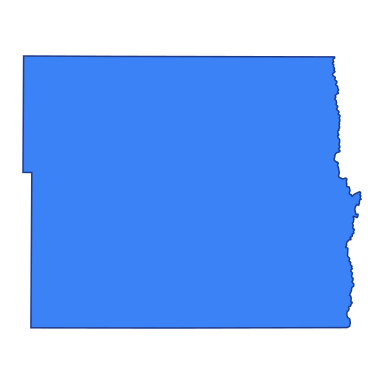 the district of Cass, North Dakota, United States of America
{"feature_id": "52423323B23065259017698", "entity_name": "Cass", "entity_type": "district", "adm_level": 2, "iso_a3": "USA", "parent_name": "United States of America", "parent_adm1": "North Dakota", "projection": "robinson", "projection_center": [-96.825, 46.935], "detail": "fine", "context": "isolated", "style": "filled", "palette": "blue", "viewbox_px": 384, "rotation_deg": 0, "n_neighbors": 0, "source": "geoboundaries", "source_scale": "gbopen_adm2", "svg_char_len": 3772}
<svg xmlns="http://www.w3.org/2000/svg" viewBox="0 0 384 384"><path d="M30.9,327.8L166.0,328.0L174.7,328.0L256.2,327.8L263.3,327.8L347.1,327.6L349.6,326.3L349.8,324.7L350.2,323.7L350.2,322.5L349.8,319.2L347.6,317.3L346.8,315.2L347.0,312.0L348.6,310.3L349.1,308.9L348.7,307.7L348.8,306.9L348.9,306.6L350.4,306.2L350.8,305.5L350.7,304.6L352.0,303.2L352.1,302.4L351.8,302.0L351.1,301.8L350.8,300.5L351.1,299.7L351.2,298.4L350.8,296.3L349.7,295.2L349.6,294.9L351.4,290.8L351.6,289.2L351.9,287.4L353.6,286.3L353.8,284.3L353.6,283.6L353.0,283.1L352.0,281.8L353.0,280.0L353.1,278.3L351.9,277.3L351.7,275.9L351.9,274.9L352.3,274.1L352.3,272.9L350.9,271.3L350.9,270.5L351.4,269.4L351.9,269.2L352.3,268.7L351.6,267.9L351.5,267.1L352.0,266.7L352.0,266.4L351.8,265.9L350.5,264.8L350.3,263.9L350.7,262.6L350.4,262.0L349.3,261.6L349.1,261.4L349.1,260.6L349.6,259.3L349.5,258.4L348.9,257.5L348.2,256.9L347.8,256.5L347.5,255.7L347.9,248.5L347.7,248.1L345.9,247.4L345.5,246.9L345.7,246.4L346.3,246.0L346.7,245.1L346.5,243.9L346.4,243.2L347.1,242.0L349.4,239.6L350.2,239.8L350.8,239.6L351.0,239.0L350.1,237.6L350.2,237.2L351.6,236.8L352.3,236.0L352.4,235.3L352.1,234.7L352.2,234.1L352.4,233.8L353.4,233.6L353.8,233.2L353.8,232.5L353.5,231.8L353.7,230.9L354.3,229.9L354.3,229.4L353.9,229.0L353.2,228.7L352.8,228.2L352.9,226.8L353.1,226.2L353.2,225.6L353.1,225.0L352.5,224.1L352.5,223.2L353.3,222.1L353.8,219.6L353.8,218.1L353.4,217.7L353.1,216.6L353.4,216.3L355.1,216.7L356.7,217.5L357.2,217.4L357.7,216.5L358.1,214.7L357.8,214.2L357.2,214.2L356.5,214.5L355.9,214.2L354.8,209.4L355.8,205.9L357.0,204.4L358.0,205.1L358.7,205.2L359.4,203.2L359.3,201.9L359.7,199.9L361.0,199.3L360.9,198.7L360.5,198.3L360.4,198.1L360.2,197.5L360.3,196.8L360.9,196.0L360.1,195.3L360.0,194.8L360.0,194.4L360.6,193.2L360.6,192.6L360.1,192.0L359.5,191.8L355.3,193.7L353.5,194.9L352.4,196.1L351.7,196.0L351.1,194.6L349.8,194.3L349.6,194.1L349.4,193.5L349.4,192.2L350.0,190.7L349.4,187.6L349.0,186.9L347.2,186.8L346.6,186.3L346.8,183.8L346.5,183.2L346.4,181.1L346.9,179.6L346.7,178.9L345.9,178.1L345.4,178.1L342.9,179.0L339.4,177.4L338.6,176.5L338.5,175.8L339.2,173.2L339.3,173.0L338.4,167.3L337.6,165.9L337.7,164.6L338.1,163.8L338.1,162.9L337.1,162.0L336.6,162.2L335.1,161.0L334.2,159.9L334.1,159.5L334.1,158.9L334.4,158.4L334.9,156.1L334.6,155.8L335.9,153.3L337.0,152.6L339.5,151.8L340.0,151.1L339.8,150.5L338.8,149.5L338.7,148.9L338.8,148.3L339.7,147.7L339.8,147.1L339.7,146.1L339.1,145.3L339.0,144.4L339.7,141.9L339.5,139.3L338.3,138.0L337.7,136.3L337.8,135.5L338.5,135.2L338.8,134.9L338.6,134.2L338.0,133.5L337.8,131.4L337.9,130.9L338.8,130.3L339.0,130.0L338.7,128.9L339.5,128.1L339.6,126.7L339.2,126.3L339.0,125.6L339.6,123.9L339.1,122.9L339.2,122.2L339.8,121.3L339.8,119.3L339.3,118.6L339.3,118.0L339.9,116.5L340.0,115.7L339.7,115.2L338.7,114.6L338.3,114.1L338.5,113.1L339.0,112.2L338.8,111.3L336.6,109.4L336.5,108.8L336.9,108.2L337.3,107.9L337.6,107.2L337.7,106.2L336.5,105.2L336.1,104.3L336.5,102.9L336.5,102.1L336.2,100.6L335.1,99.6L334.8,98.9L335.7,97.5L335.7,96.7L335.3,96.3L335.3,95.8L335.2,95.7L336.4,94.3L338.3,93.3L338.4,93.0L338.3,92.7L337.6,92.1L337.5,91.7L337.7,91.1L338.4,90.4L338.5,89.4L337.7,88.5L337.7,86.8L337.4,86.1L335.8,84.9L335.8,84.4L335.9,83.9L336.8,82.6L336.9,82.0L336.8,81.5L336.3,80.9L335.6,80.6L335.2,80.2L334.8,79.4L334.8,79.0L335.3,77.9L335.3,77.5L334.6,76.6L333.3,76.0L332.8,75.4L332.6,74.7L332.6,74.0L333.0,73.3L334.7,72.1L334.9,71.6L334.5,70.9L333.9,70.5L333.8,70.1L334.4,69.2L334.5,68.7L334.4,68.1L333.4,66.6L333.7,65.2L333.6,64.4L332.7,64.0L332.4,63.2L332.6,62.7L333.7,62.0L333.7,61.7L333.1,60.8L333.0,59.6L333.5,58.7L334.5,58.2L334.7,57.7L334.7,57.1L334.4,56.9L114.2,56.4L23.6,56.0L23.0,172.4L31.8,172.5L30.9,327.8Z" fill="#3b82f6" stroke="#1e3a8a" stroke-width="1.5"/></svg>